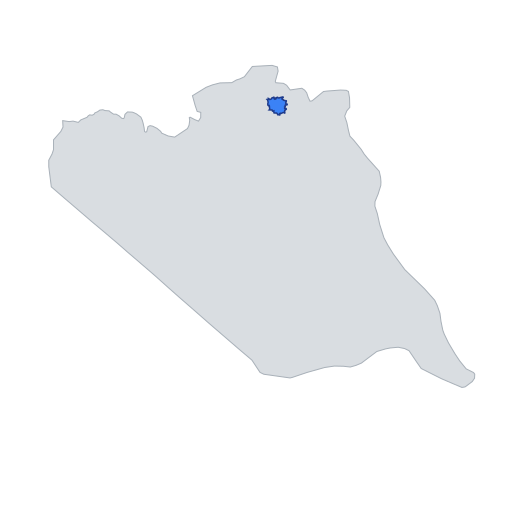 Ariha, Idlib, Syria (highlighted), rotated 74°
{"feature_id": "27442178B18977709066888", "entity_name": "Ariha", "entity_type": "district", "adm_level": 2, "iso_a3": "SYR", "parent_name": "Syria", "parent_adm1": "Idlib", "projection": "albers", "projection_center": [36.527, 35.771], "detail": "fine", "context": "in_parent", "style": "filled", "palette": "blue", "viewbox_px": 512, "rotation_deg": 74, "n_neighbors": 0, "source": "geoboundaries", "source_scale": "gbopen_adm2", "svg_char_len": 4986}
<svg xmlns="http://www.w3.org/2000/svg" viewBox="0 0 512 512"><g transform="rotate(74 256 256)"><path d="M80.2,183.3L84.4,183.8L93.4,189.3L94.9,189.2L97.6,182.0L100.3,179.5L105.8,177.4L107.4,165.7L110.0,163.5L113.1,162.3L117.9,162.1L122.1,161.4L122.3,159.3L116.5,145.8L117.0,142.4L119.8,128.9L121.6,123.6L123.3,121.8L129.8,122.5L139.0,124.9L141.5,128.7L146.0,132.2L152.8,131.9L160.6,132.5L166.7,132.7L171.5,130.2L182.5,125.5L187.9,123.9L192.8,121.8L208.5,114.2L214.9,114.6L219.3,115.5L222.6,116.6L230.2,121.6L236.5,126.6L240.9,128.0L248.6,127.7L259.9,128.4L273.8,128.0L281.8,126.3L292.0,123.4L310.2,116.7L333.9,103.1L347.8,96.4L353.8,95.4L361.8,95.0L369.8,96.2L378.8,96.9L383.0,96.6L392.7,94.9L405.2,91.6L413.0,89.1L422.4,85.1L428.0,79.0L429.9,78.3L432.5,79.2L433.7,79.6L436.3,82.7L439.4,90.9L439.4,91.9L439.1,94.3L433.2,101.6L425.2,111.4L419.4,117.7L409.7,128.2L402.1,130.8L389.2,135.0L385.9,138.7L382.9,144.5L381.4,152.3L381.0,157.1L381.1,166.2L384.6,175.4L388.0,184.2L388.7,190.1L388.7,196.0L386.1,202.3L383.4,211.0L382.1,220.8L382.0,239.0L382.7,254.4L382.6,256.9L377.6,268.1L371.8,281.1L369.0,284.2L355.0,288.6L340.0,298.6L323.2,309.6L307.8,319.7L291.6,330.1L274.8,341.0L262.7,348.7L246.5,358.9L231.7,368.6L216.7,378.5L205.2,385.9L187.7,397.6L177.5,404.5L162.3,414.5L149.0,423.3L133.1,433.7L113.1,430.6L106.8,428.8L101.7,423.9L97.9,421.3L88.5,418.6L82.5,409.3L78.9,406.0L72.6,404.5L75.3,398.6L75.9,394.7L78.6,390.0L76.9,386.9L76.1,380.2L75.0,378.6L74.5,376.9L75.5,374.7L75.1,372.6L74.1,371.6L73.6,368.3L72.7,365.9L73.2,362.9L74.6,361.0L76.0,357.2L77.7,356.1L80.4,353.8L81.1,351.4L83.5,349.0L86.6,347.1L87.4,345.5L86.9,344.6L83.7,342.9L82.1,339.8L83.6,335.3L84.6,333.9L86.5,331.7L90.8,328.4L94.1,327.9L97.0,327.9L101.8,328.2L105.6,328.8L106.6,327.9L106.4,326.8L101.8,324.1L101.5,321.9L102.7,319.6L106.0,316.0L109.9,313.3L111.9,312.8L116.4,307.4L119.3,301.4L114.6,286.7L111.8,284.3L107.3,282.3L104.6,282.0L104.4,281.1L108.0,277.3L110.5,274.1L107.7,271.0L102.7,269.5L100.8,272.7L94.4,273.0L84.4,272.9L80.1,257.4L79.5,250.7L79.7,242.9L82.7,231.5L81.4,226.3L81.3,222.7L80.5,217.8L72.8,207.3L77.2,188.0L80.2,183.3Z" fill="#d9dde1" stroke="#a8b0b8" stroke-width="1"/><path d="M108.5,202.2L109.0,201.9L109.6,201.9L109.9,201.9L110.7,201.9L111.2,201.9L111.7,202.0L112.1,202.3L112.6,202.5L112.9,202.7L113.2,202.8L113.7,202.9L114.2,203.0L114.4,202.9L114.6,202.8L114.7,202.6L114.9,202.6L115.1,202.5L115.1,202.3L115.0,201.9L115.5,201.8L116.0,201.9L116.4,202.0L117.0,202.1L117.5,202.2L118.2,202.2L118.5,202.3L118.9,202.6L119.1,202.8L119.2,203.0L119.4,202.5L119.5,202.0L119.8,201.3L119.8,201.0L120.1,200.3L120.2,200.2L120.3,200.2L121.3,200.2L121.4,199.8L121.4,198.9L121.8,199.1L122.3,199.1L122.8,199.2L123.3,199.3L123.5,199.2L123.6,198.9L123.7,198.5L123.8,198.2L124.0,197.7L124.1,197.3L124.2,196.9L124.5,196.6L124.9,196.4L125.4,196.3L125.8,196.2L126.2,196.2L126.3,196.1L126.3,195.9L126.4,195.5L126.6,195.1L126.8,194.7L127.0,194.4L126.9,194.1L126.6,194.0L126.3,194.0L126.0,194.1L125.6,194.1L125.5,193.6L125.5,193.1L125.7,192.9L125.9,192.5L125.8,192.1L125.8,191.6L125.6,191.1L125.6,190.8L125.6,190.3L125.6,189.8L125.9,189.4L126.4,189.3L126.5,189.0L126.4,188.8L126.0,188.8L125.5,188.8L125.3,188.8L124.9,188.5L124.4,188.4L124.0,188.3L123.8,187.7L123.7,187.4L123.6,187.2L123.4,187.2L123.3,186.8L123.3,186.5L123.2,186.4L122.6,186.4L122.4,186.6L122.3,187.0L122.2,187.7L122.1,187.8L121.8,187.8L121.7,187.6L121.5,187.4L121.2,187.3L120.6,187.4L120.4,186.9L120.4,186.7L120.2,186.6L119.8,186.6L119.6,186.6L119.3,186.5L119.1,186.4L119.0,186.1L119.0,185.8L119.1,185.6L119.2,185.4L119.2,184.9L119.2,184.7L119.2,184.4L118.8,184.2L118.6,184.2L118.4,184.4L118.4,184.5L118.4,184.8L118.4,185.2L118.2,185.3L117.6,185.3L117.1,185.3L117.0,185.2L116.9,185.1L116.7,184.9L116.4,184.9L116.2,184.8L116.1,184.6L115.9,184.4L115.7,184.3L115.6,184.2L115.4,184.1L115.2,184.1L115.2,184.3L115.1,184.6L115.0,184.8L114.9,185.0L114.6,185.3L114.4,185.4L114.4,185.5L114.2,186.0L114.0,186.4L113.7,186.7L113.5,186.8L113.4,186.8L113.1,186.8L113.0,187.0L112.7,187.3L112.4,187.6L112.2,187.8L111.7,187.5L111.5,187.3L111.3,187.0L111.2,186.6L111.1,186.2L110.9,186.1L110.7,186.1L110.5,186.4L110.5,186.6L110.4,186.9L110.5,187.2L110.5,187.3L110.4,187.4L110.4,187.6L110.4,188.6L110.3,188.9L110.3,189.2L110.4,189.6L110.5,189.8L110.4,190.1L110.3,190.6L110.2,191.0L110.0,191.4L109.8,191.5L109.6,191.5L109.4,191.5L109.3,191.8L109.4,192.7L109.5,193.1L109.5,193.3L110.1,193.3L110.3,193.3L110.4,193.6L110.5,193.8L110.5,194.0L110.4,194.3L110.5,194.4L110.5,194.7L110.3,194.8L110.1,195.0L109.9,195.2L109.6,195.2L109.5,194.8L109.4,194.9L109.2,195.0L108.7,194.9L108.4,194.9L108.3,195.0L108.2,195.4L108.3,195.7L108.4,196.3L108.4,196.7L108.4,196.8L108.4,197.1L108.5,197.2L108.6,197.3L108.8,197.5L109.1,197.9L109.2,198.0L109.3,198.2L109.3,198.5L109.4,199.0L109.3,199.5L109.2,200.0L108.3,200.2L108.2,200.3L108.0,200.6L108.6,200.6L108.8,200.7L108.9,201.0L108.7,201.6L108.6,201.9L108.5,202.1L108.5,202.2Z" fill="#3b82f6" stroke="#1e3a8a" stroke-width="1.5"/></g></svg>